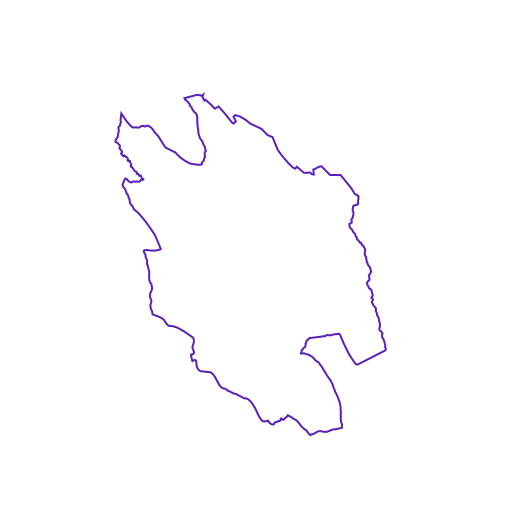 outline of Loima, Rift Valley, Kenya, rotated 149°
{"feature_id": "3690345B72596484741491", "entity_name": "Loima", "entity_type": "district", "adm_level": 2, "iso_a3": "KEN", "parent_name": "Kenya", "parent_adm1": "Rift Valley", "projection": "equal_earth", "projection_center": [35.181, 3.01], "detail": "fine", "context": "isolated", "style": "outline", "palette": "violet", "viewbox_px": 512, "rotation_deg": 149, "n_neighbors": 0, "source": "geoboundaries", "source_scale": "gbopen_adm2", "svg_char_len": 6135}
<svg xmlns="http://www.w3.org/2000/svg" viewBox="0 0 512 512"><g transform="rotate(149 256 256)"><path d="M298.1,447.5L302.1,442.2L303.1,440.1L304.8,438.7L305.4,437.8L307.6,437.2L309.2,433.8L311.3,431.7L312.9,429.6L313.7,429.0L315.5,428.3L317.5,426.7L317.6,426.3L317.5,425.7L316.4,424.2L315.8,420.7L316.4,419.6L317.2,419.1L317.6,418.6L317.0,415.1L317.1,414.1L317.6,413.5L318.8,413.4L318.9,412.6L318.5,410.0L318.0,409.7L317.0,410.0L316.8,409.5L316.7,408.3L316.1,407.6L315.7,406.6L315.7,405.4L316.6,404.3L316.8,403.7L316.5,403.0L315.5,403.0L315.1,402.5L315.6,400.9L315.9,398.5L317.0,398.0L317.2,397.1L316.5,395.8L316.2,391.5L316.0,390.9L315.1,389.7L315.2,389.0L315.9,388.0L315.6,387.6L314.6,386.9L314.9,385.3L314.7,384.8L313.5,384.5L313.4,383.8L313.8,381.5L313.0,379.8L313.8,379.5L315.4,380.6L317.2,379.8L318.1,379.9L320.3,381.6L321.4,381.9L322.9,383.2L324.9,383.2L325.8,384.0L326.8,385.9L327.3,389.1L327.8,389.6L328.5,389.6L329.8,388.8L333.3,386.1L334.1,385.1L334.1,382.6L333.7,380.6L334.7,375.8L334.4,374.7L334.5,373.3L335.2,371.6L335.3,369.5L336.6,366.7L336.7,365.3L336.3,361.8L336.5,358.6L334.9,354.0L333.8,348.5L332.9,342.6L332.2,333.5L331.9,326.6L332.2,322.8L334.0,311.0L335.9,311.2L340.3,312.9L343.5,314.9L346.8,317.6L348.2,318.3L349.3,318.3L349.7,318.0L350.0,316.7L350.1,313.9L351.1,312.1L351.4,310.8L351.4,309.0L352.1,307.3L353.5,305.6L353.8,303.3L355.8,297.1L357.5,294.6L359.5,291.1L360.4,288.1L360.1,285.4L360.9,284.1L361.4,282.3L362.4,280.9L366.1,278.3L367.6,276.0L368.2,274.4L368.5,272.0L369.6,270.3L371.8,268.4L372.9,266.1L373.3,265.1L373.6,262.2L374.7,259.3L369.4,252.4L368.1,249.8L367.8,248.4L367.6,243.8L366.9,241.5L366.3,240.7L363.2,238.5L361.3,236.3L359.7,234.1L356.3,228.1L352.0,218.5L352.1,217.0L353.2,214.8L354.3,213.4L357.1,211.1L357.5,210.4L358.0,209.0L358.4,206.3L359.0,205.0L359.7,204.4L361.5,204.5L362.3,205.0L362.8,204.7L363.9,201.2L364.7,199.2L364.5,198.6L362.2,198.6L361.5,197.8L361.4,197.2L361.9,195.6L363.1,193.3L363.6,191.9L364.0,189.8L364.0,188.7L363.0,185.9L355.2,180.0L354.6,179.2L353.8,177.0L353.5,173.5L353.8,165.5L353.8,163.5L353.3,161.1L352.3,159.4L350.7,158.1L350.4,157.2L349.9,156.6L349.6,155.0L348.4,153.7L347.7,152.2L346.9,151.3L346.7,150.5L344.1,147.8L339.9,140.9L338.6,139.3L337.8,139.1L337.3,138.6L336.7,137.6L335.9,135.6L335.3,132.4L335.1,126.0L336.0,118.4L336.0,113.9L335.5,111.2L335.2,110.7L332.5,109.1L330.7,108.9L330.4,108.4L330.4,106.3L330.0,105.0L329.2,103.6L328.3,102.8L327.1,102.7L326.9,103.0L325.1,103.7L323.7,103.0L321.5,103.0L321.0,102.5L319.5,102.5L318.8,102.7L318.7,103.7L318.4,103.8L317.9,103.7L317.2,101.7L316.5,101.4L314.1,102.2L312.5,102.3L310.6,103.1L310.0,101.6L309.0,100.3L307.9,97.7L306.2,94.7L305.7,93.5L304.6,85.6L303.8,82.9L302.6,80.5L302.3,76.3L301.5,74.4L300.2,74.5L298.3,73.8L294.0,73.8L292.1,73.4L290.5,72.3L287.9,70.0L285.8,68.8L278.8,67.6L277.4,66.6L270.8,64.5L269.0,67.3L268.4,70.2L267.0,73.2L265.9,74.7L264.7,77.1L263.4,78.8L262.7,80.6L261.3,82.9L260.3,85.3L259.3,89.0L258.5,93.4L258.1,97.3L258.1,99.2L257.7,100.0L257.3,102.4L257.2,104.1L256.5,106.3L256.2,110.7L256.6,115.9L256.7,124.0L256.6,126.3L257.2,132.5L258.7,135.6L259.2,138.8L259.7,140.5L261.8,144.4L263.7,146.2L264.6,147.4L265.2,148.0L267.7,149.1L267.7,149.3L266.3,150.5L265.4,151.7L263.9,151.9L262.7,152.7L261.1,152.6L260.6,152.9L259.2,154.2L258.7,155.4L257.5,155.9L256.4,157.4L254.2,157.6L252.7,158.2L241.2,153.1L240.1,152.8L238.2,151.7L235.8,151.7L233.1,149.6L230.0,148.9L224.7,146.4L224.5,145.4L225.9,135.3L226.9,123.4L226.3,112.5L225.8,111.2L224.6,110.6L194.0,108.5L193.0,108.9L192.3,110.5L192.3,111.4L191.3,112.4L190.7,114.9L190.0,116.6L189.7,118.4L189.6,121.5L189.3,122.6L188.8,123.3L187.5,124.3L187.4,124.8L187.4,126.1L188.2,128.2L188.2,129.3L187.5,130.4L185.7,132.1L184.5,134.7L183.7,137.4L182.6,140.2L182.6,141.5L182.8,142.5L181.7,145.2L181.7,147.1L180.4,148.8L180.2,149.7L180.7,153.4L180.5,156.6L179.9,157.4L178.7,157.9L178.2,158.3L178.1,158.9L178.6,160.8L178.4,161.1L176.4,161.8L176.0,162.6L175.5,164.5L174.7,167.5L174.7,168.3L175.6,169.8L175.6,170.8L175.2,172.0L175.5,173.2L175.3,174.1L174.8,175.4L174.2,176.2L173.0,176.7L171.7,176.8L170.9,177.2L169.1,181.3L167.6,181.8L165.6,183.1L165.0,184.3L164.1,187.7L164.5,189.2L164.5,191.0L164.1,192.4L164.2,193.9L163.3,195.4L163.1,197.1L162.2,197.9L162.2,200.3L161.7,201.9L158.8,205.7L159.0,206.7L158.8,209.0L159.6,211.2L159.1,212.6L159.1,213.2L160.1,213.9L160.1,216.6L160.9,218.2L160.8,218.6L160.1,219.6L160.3,221.8L159.7,223.9L159.7,224.4L160.2,225.5L160.3,226.1L160.1,228.8L160.8,232.7L159.4,235.4L157.0,235.3L156.5,235.6L155.5,238.1L153.5,238.9L152.5,240.3L150.9,241.5L149.9,243.8L149.6,245.6L147.2,248.4L146.3,248.9L145.1,248.3L144.1,248.6L142.8,247.8L141.9,247.9L141.4,248.4L139.8,251.1L138.8,252.0L137.9,253.9L137.3,254.4L138.1,256.4L139.2,257.9L139.4,258.8L139.4,265.1L141.8,281.8L150.8,287.3L153.7,299.2L154.9,299.7L157.3,300.2L160.7,300.2L162.3,300.6L164.5,296.1L165.9,297.2L166.7,299.8L171.1,301.9L172.2,302.9L175.0,311.5L177.3,310.6L178.7,312.5L180.5,319.3L182.0,328.5L182.6,334.1L182.6,336.2L180.6,349.4L183.8,353.7L185.8,362.2L192.7,372.4L194.5,377.5L197.8,383.7L201.2,387.5L203.6,386.9L203.8,382.0L206.8,380.9L207.7,382.5L207.9,383.2L209.3,393.9L211.1,403.5L215.4,403.5L216.6,408.8L218.9,416.0L220.1,415.9L220.0,416.4L220.3,417.1L219.8,419.1L220.0,420.2L218.3,421.5L219.8,421.4L222.7,423.9L223.8,424.6L236.1,428.1L236.1,425.9L235.5,425.0L234.7,420.9L234.7,420.3L235.2,419.2L235.2,418.6L234.7,416.7L235.0,414.4L234.9,412.8L234.8,411.5L233.9,408.6L234.8,405.3L236.4,402.8L239.0,397.8L240.6,393.8L241.4,392.5L242.7,389.0L243.3,386.0L243.3,384.3L242.9,381.9L243.7,378.3L243.6,376.1L244.4,373.9L244.6,372.6L244.9,371.9L246.1,371.5L246.8,370.8L247.6,369.7L248.4,367.6L250.8,365.8L251.7,364.6L254.3,363.9L255.3,362.4L257.0,363.1L259.1,364.3L264.8,369.1L267.3,373.2L269.9,378.7L271.5,384.4L271.8,386.6L273.0,388.1L277.5,395.3L277.8,397.0L278.1,409.1L279.2,414.3L279.2,417.1L279.8,420.2L281.2,423.1L281.8,423.7L283.0,423.7L283.6,424.2L284.8,424.3L285.5,425.5L286.1,426.0L288.2,426.5L289.0,426.3L290.7,426.6L293.3,428.5L295.0,429.3L295.7,430.2L296.3,431.6L297.5,438.1L298.1,447.5Z" fill="none" stroke="#5b21b6" stroke-width="2"/></g></svg>